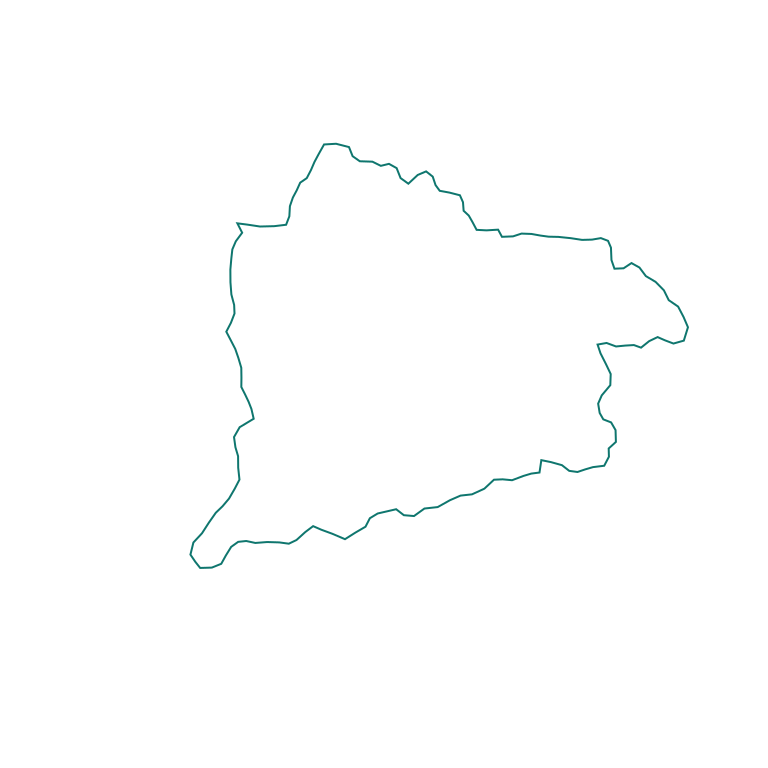 Pequi, Minas Gerais, Brazil, rotated 43°
{"feature_id": "56859067B22128930529497", "entity_name": "Pequi", "entity_type": "district", "adm_level": 2, "iso_a3": "BRA", "parent_name": "Brazil", "parent_adm1": "Minas Gerais", "projection": "robinson", "projection_center": [-44.633, -19.619], "detail": "fine", "context": "isolated", "style": "outline", "palette": "teal", "viewbox_px": 768, "rotation_deg": 43, "n_neighbors": 0, "source": "geoboundaries", "source_scale": "gbopen_adm2", "svg_char_len": 2205}
<svg xmlns="http://www.w3.org/2000/svg" viewBox="0 0 768 768"><g transform="rotate(43 384 384)"><path d="M573.7,147.8L567.6,135.2L557.4,130.7L546.3,126.8L535.1,128.5L524.8,124.6L513.0,124.1L501.9,126.5L491.4,124.6L482.5,126.8L480.3,136.0L473.9,142.5L465.8,138.2L457.0,129.5L450.2,126.5L443.1,129.4L437.7,136.5L430.6,143.5L421.1,150.0L411.2,157.5L403.9,164.0L397.1,168.8L389.5,173.7L382.0,180.2L377.7,188.0L369.9,195.9L362.2,193.3L354.2,201.7L346.6,208.1L338.2,205.2L331.1,203.0L324.1,203.0L317.8,197.2L310.8,194.2L301.3,199.4L293.0,204.7L286.1,203.4L278.2,199.1L269.8,199.8L266.1,208.1L265.2,220.9L255.7,222.1L246.0,217.5L237.5,219.6L232.9,226.6L223.9,229.3L214.4,237.6L205.7,238.8L196.8,234.6L185.1,241.0L176.8,249.7L179.5,260.7L181.7,269.0L184.7,277.4L187.1,286.1L185.4,293.9L188.1,301.9L190.2,309.8L193.9,318.1L200.4,325.9L203.8,334.3L196.2,343.3L185.9,353.4L175.4,360.6L167.2,366.5L177.1,370.1L178.3,380.7L181.3,389.0L186.8,396.4L193.6,405.1L202.3,414.3L211.3,422.6L220.5,428.4L226.6,434.4L230.3,443.6L233.0,453.3L241.8,456.4L251.3,459.8L259.6,464.2L268.6,469.5L275.6,476.8L281.7,483.5L289.6,486.4L297.2,489.4L304.1,492.7L312.4,498.3L307.9,514.0L310.5,525.1L318.5,531.6L326.5,536.3L334.5,544.7L343.5,552.5L346.2,562.2L348.8,573.5L349.3,583.6L348.8,592.9L350.5,605.0L352.7,617.3L352.7,629.9L358.8,640.8L367.1,642.7L375.0,643.9L383.3,635.7L387.6,626.5L385.3,617.3L383.3,607.3L385.0,598.9L390.3,592.8L398.3,588.0L406.3,579.3L415.4,571.3L423.3,565.7L426.4,557.8L427.4,546.0L429.1,536.3L437.6,533.3L448.3,528.8L461.3,524.1L464.4,512.3L467.8,501.0L465.2,491.8L467.7,483.0L472.7,475.6L478.3,467.3L488.0,466.4L496.0,460.1L498.5,447.5L507.2,437.4L511.5,424.0L516.1,413.4L523.6,404.7L528.8,392.1L529.7,379.0L535.8,372.8L543.3,367.0L548.7,356.1L552.8,349.1L558.1,342.7L551.0,332.4L559.3,327.3L569.5,322.0L578.7,321.2L585.5,316.4L589.4,309.2L593.5,302.3L600.8,293.6L598.1,283.8L592.3,277.9L593.1,268.2L584.8,259.8L576.3,257.2L568.5,260.3L561.5,258.1L554.0,252.3L551.0,243.8L550.3,230.5L543.0,222.1L533.1,218.2L521.4,213.9L513.3,209.5L518.8,202.2L528.1,198.3L534.3,191.3L540.2,185.1L547.2,182.1L548.7,171.8L552.1,163.1L559.8,160.4L568.1,157.0L573.7,147.8Z" fill="none" stroke="#0f766e" stroke-width="2"/></g></svg>